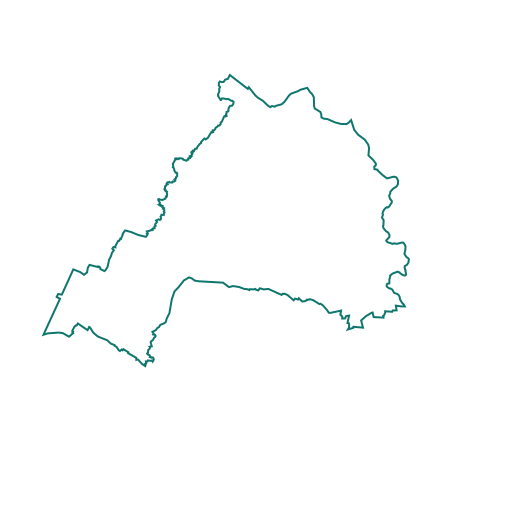 the district of Lan Krabue, Kamphaeng Phet, Thailand, rotated 119°
{"feature_id": "78962969B67051098696053", "entity_name": "Lan Krabue", "entity_type": "district", "adm_level": 2, "iso_a3": "THA", "parent_name": "Thailand", "parent_adm1": "Kamphaeng Phet", "projection": "natural_earth1", "projection_center": [99.863, 16.616], "detail": "fine", "context": "isolated", "style": "outline", "palette": "teal", "viewbox_px": 512, "rotation_deg": 119, "n_neighbors": 0, "source": "geoboundaries", "source_scale": "gbopen_adm2", "svg_char_len": 6138}
<svg xmlns="http://www.w3.org/2000/svg" viewBox="0 0 512 512"><g transform="rotate(119 256 256)"><path d="M228.0,101.4L226.5,103.7L226.6,104.5L224.9,107.8L223.7,109.5L222.3,110.3L221.0,112.3L220.7,114.2L221.3,117.3L219.3,120.5L219.2,122.7L219.7,123.2L219.5,126.2L218.7,127.4L216.7,127.8L215.3,126.1L211.8,128.0L208.7,128.7L208.1,129.2L205.1,128.0L201.1,124.6L200.8,122.4L201.3,121.3L201.4,118.1L201.0,116.4L200.3,115.8L199.0,116.0L196.9,117.9L196.0,118.2L195.5,119.2L193.5,120.8L192.7,120.9L190.5,119.7L187.9,119.5L184.8,120.7L184.1,121.9L184.0,123.9L182.2,127.2L178.2,128.4L175.4,129.7L174.1,131.1L172.9,133.6L173.4,134.8L177.0,138.6L178.2,141.7L179.2,142.4L180.1,147.5L179.9,148.8L179.2,149.6L175.0,148.6L173.2,149.2L171.4,151.7L171.3,154.3L169.9,157.9L168.4,159.4L167.5,159.4L162.8,161.7L161.3,164.5L158.5,164.9L157.7,165.8L155.9,166.4L153.1,166.4L150.9,165.8L149.8,165.1L149.8,164.3L148.0,163.5L143.2,163.2L141.9,164.1L141.0,166.5L138.8,168.8L136.4,168.9L134.8,169.6L131.1,168.9L127.1,166.8L124.5,166.7L121.3,168.1L119.5,170.7L119.2,171.9L119.9,174.1L124.6,179.0L123.9,184.2L122.1,191.3L121.6,191.6L122.6,194.5L120.4,195.9L118.4,195.2L117.1,196.0L115.2,200.1L113.5,206.4L106.7,209.5L104.2,211.8L101.5,217.3L100.4,225.6L98.0,231.3L91.0,238.7L94.3,239.5L96.8,240.8L99.3,245.7L100.8,251.5L101.6,260.0L103.0,263.2L103.1,265.9L100.2,267.8L98.8,269.6L98.5,276.2L96.8,277.8L89.1,282.4L87.3,285.2L86.3,288.5L84.1,292.7L89.2,297.9L91.4,299.1L97.1,304.1L99.5,304.9L107.5,305.9L110.9,307.1L115.1,311.5L116.3,312.0L117.1,314.8L118.9,315.7L118.7,318.4L116.9,325.3L116.6,331.2L115.9,334.3L111.9,344.1L113.8,344.2L110.4,366.6L114.8,366.5L116.7,368.5L119.4,368.7L120.4,370.1L120.9,372.2L122.5,372.4L124.8,371.3L125.7,369.3L127.5,369.3L129.8,367.9L133.3,367.5L133.7,366.9L134.4,366.8L136.7,362.6L136.4,362.2L134.7,362.2L133.9,360.6L133.0,357.5L132.1,356.6L132.2,352.9L131.7,351.9L132.1,350.3L134.1,349.6L136.1,349.8L137.3,351.5L139.9,351.6L142.9,350.4L144.3,351.6L145.9,350.8L146.6,351.0L147.7,349.6L148.7,350.3L148.6,351.0L149.2,351.5L155.2,351.0L156.4,351.6L157.8,350.8L159.7,351.3L160.3,352.4L161.4,352.4L163.6,353.5L165.1,353.2L166.4,353.6L166.9,354.7L167.5,354.7L168.4,353.6L169.2,354.2L169.4,355.1L175.9,355.4L178.3,356.4L178.2,358.0L178.9,358.3L183.0,359.3L183.8,358.8L185.5,359.6L189.3,360.2L190.8,359.9L191.8,361.3L194.5,361.1L195.0,361.4L194.6,362.3L195.6,362.5L196.0,362.0L196.4,362.8L197.1,362.6L197.6,361.2L198.8,361.4L199.9,360.6L200.9,360.9L200.5,361.9L200.8,362.4L202.2,361.4L202.4,362.0L203.1,362.0L203.6,362.6L204.6,362.0L205.4,362.9L206.4,363.0L207.0,366.5L206.4,367.2L207.0,369.1L207.5,370.2L208.3,370.4L208.4,371.2L209.0,371.2L209.0,372.4L209.8,372.5L209.7,373.7L210.0,373.9L211.0,373.3L215.8,373.4L217.9,371.7L218.7,371.7L218.8,370.8L219.7,369.6L220.8,369.0L222.0,366.7L222.1,366.2L221.6,365.7L221.8,365.1L224.3,363.7L226.0,364.2L227.0,363.7L228.5,364.4L228.8,363.2L229.2,363.1L230.4,363.6L231.2,365.0L232.3,364.8L233.5,367.2L233.3,367.8L234.3,368.4L234.5,369.1L235.8,369.3L236.2,368.1L237.2,368.9L238.7,368.8L239.2,369.3L241.1,368.3L241.9,368.6L242.7,367.5L242.3,366.8L243.0,366.3L242.9,365.0L244.0,364.7L244.9,363.7L247.1,362.9L247.6,363.6L248.3,363.0L249.3,363.4L249.9,363.1L252.5,365.2L253.1,367.2L253.8,367.9L253.3,368.6L253.8,369.0L254.6,368.5L256.0,365.8L257.5,365.7L257.4,364.6L257.8,364.5L258.3,365.2L258.4,362.8L257.7,363.0L257.5,361.8L258.7,361.3L258.7,359.8L259.8,360.1L259.9,358.8L260.9,358.1L261.8,358.2L262.3,357.1L263.2,357.2L264.8,356.6L265.8,358.7L266.6,358.3L267.7,358.6L269.4,357.1L270.6,357.2L271.1,357.7L271.1,358.9L273.4,360.6L274.3,359.0L277.0,359.6L277.9,359.2L278.3,358.4L280.0,359.1L280.9,358.2L282.1,359.7L282.7,359.8L283.2,359.0L283.9,359.5L284.5,360.7L285.4,361.1L287.4,363.4L288.7,361.6L289.5,362.2L290.2,361.2L292.6,361.6L294.7,369.1L295.6,377.0L297.1,382.9L301.5,383.3L301.9,382.9L306.5,382.4L306.6,383.1L309.0,383.0L309.5,383.9L315.8,383.8L316.6,383.2L317.3,385.0L319.3,385.2L319.9,383.1L323.2,383.5L326.3,382.8L330.3,382.7L337.7,380.5L341.5,380.8L342.7,381.3L342.9,385.7L341.6,386.7L341.3,388.3L341.7,389.1L342.3,388.9L344.5,397.3L347.8,397.4L352.3,395.8L355.8,397.3L355.3,402.1L356.3,409.3L383.9,407.1L385.2,410.6L388.5,410.5L388.4,406.7L427.9,403.7L424.7,400.7L418.7,391.6L417.1,387.6L417.2,380.4L412.0,378.5L411.6,379.7L410.8,379.4L410.4,380.4L406.6,380.5L404.3,380.1L403.8,379.2L401.4,379.1L402.5,367.4L398.9,367.5L399.0,366.4L401.9,361.3L403.1,355.2L401.8,345.3L403.0,340.5L402.5,336.4L403.1,336.1L403.1,333.9L404.9,330.5L405.1,329.0L402.9,328.1L403.1,326.9L401.8,326.8L401.9,325.2L402.1,320.9L403.0,320.7L403.1,311.4L404.8,310.3L404.1,309.8L403.8,308.9L405.7,303.4L406.0,299.5L405.0,299.7L404.4,300.8L403.2,300.0L401.6,301.2L400.9,299.8L399.8,300.0L398.5,296.9L397.9,296.4L398.5,295.2L396.2,295.2L394.8,296.5L395.0,297.8L395.6,298.1L395.8,299.9L395.2,299.8L394.4,300.9L394.6,303.0L394.0,304.0L392.9,303.5L390.7,304.7L388.9,304.1L387.2,304.2L386.9,305.0L385.5,303.4L382.8,306.1L381.8,306.5L379.5,305.4L376.6,305.5L375.6,304.9L374.6,305.0L373.9,306.1L374.5,307.9L373.5,307.9L372.5,309.8L369.2,307.6L366.7,307.4L365.3,306.4L362.6,306.3L359.3,303.6L357.5,302.9L353.8,303.8L348.0,304.0L334.6,308.7L326.3,310.1L321.3,308.7L312.3,307.2L307.2,304.2L306.7,301.5L307.2,297.6L306.0,294.1L295.3,271.9L296.3,264.5L293.6,261.7L292.7,259.7L291.3,255.6L290.5,250.2L289.3,247.7L289.0,245.3L288.1,245.4L286.3,241.8L285.1,240.6L285.5,239.5L285.0,237.3L282.4,237.0L281.5,233.1L278.8,229.2L277.6,214.7L276.2,214.4L275.9,213.5L275.2,213.0L274.8,209.7L276.5,201.6L274.3,201.2L273.7,198.1L272.2,198.0L273.4,193.5L271.9,191.5L270.7,190.5L269.7,190.4L269.6,189.7L268.6,189.1L268.5,188.5L267.6,187.8L266.9,184.7L267.3,177.2L266.5,176.5L266.7,173.7L268.8,167.8L270.3,164.8L269.7,163.4L262.5,155.1L266.4,153.8L267.1,151.2L268.9,150.3L267.5,147.9L264.8,148.0L263.0,145.7L270.3,143.5L269.9,142.0L271.4,140.9L273.7,139.9L275.7,140.0L271.7,136.1L270.7,136.5L266.8,127.7L261.4,132.8L255.4,130.7L249.5,127.3L248.9,126.6L252.4,123.5L248.1,114.7L246.7,115.7L246.4,115.2L242.6,115.6L241.7,116.2L238.8,109.9L237.4,110.0L235.4,106.7L231.6,109.6L229.9,105.0L228.0,101.4Z" fill="none" stroke="#0f766e" stroke-width="2"/></g></svg>